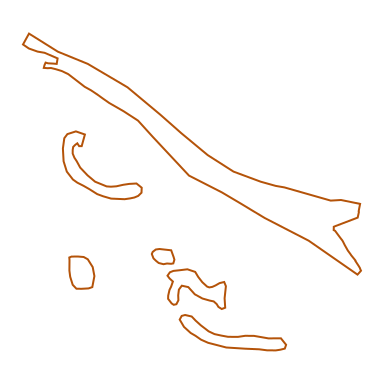 the district of Al-Manasra, Egypt
{"feature_id": "37247803B61040397145628", "entity_name": "Al-Manasra", "entity_type": "district", "adm_level": 2, "iso_a3": "EGY", "parent_name": "Egypt", "parent_adm1": "", "projection": "natural_earth1", "projection_center": [32.161, 31.286], "detail": "fine", "context": "isolated", "style": "outline", "palette": "amber", "viewbox_px": 384, "rotation_deg": 0, "n_neighbors": 0, "source": "geoboundaries", "source_scale": "gbopen_adm2", "svg_char_len": 2637}
<svg xmlns="http://www.w3.org/2000/svg" viewBox="0 0 384 384"><path d="M355.3,260.3L351.3,255.4L350.3,253.9L347.8,250.5L344.7,245.0L343.1,241.8L342.3,240.4L340.8,238.5L337.3,233.8L335.1,230.8L333.7,230.1L333.8,226.7L357.7,217.6L357.8,217.0L358.1,215.7L358.9,212.1L358.9,211.9L358.8,211.6L358.7,211.5L358.7,211.4L358.7,211.2L359.1,208.9L360.1,203.9L341.0,200.0L330.7,200.6L284.4,187.4L275.7,185.9L260.7,181.7L233.5,171.6L207.7,155.1L181.3,133.2L160.1,114.5L127.5,87.3L87.8,63.9L57.9,51.7L29.0,33.6L23.0,44.5L28.9,48.5L37.6,51.6L44.6,52.8L57.6,58.4L56.7,63.9L53.4,63.6L48.0,63.3L45.6,62.6L44.5,65.1L43.8,67.9L47.7,68.2L51.0,68.0L55.8,69.2L61.7,71.0L68.2,74.1L84.7,86.8L91.0,90.3L97.7,94.8L103.1,98.7L109.4,103.1L123.7,111.3L138.0,120.6L152.9,137.0L189.0,175.6L221.9,192.4L241.5,204.0L251.9,210.3L264.9,218.1L308.7,240.7L357.5,274.6L359.7,272.2L361.0,270.7L360.7,270.1L360.1,268.7L359.9,268.0L358.7,266.0L355.3,260.8L355.2,260.5L355.2,260.4L355.3,260.3ZM84.9,134.5L75.9,131.4L67.4,134.1L64.3,138.2L62.9,148.5L63.6,161.3L66.8,171.6L72.9,179.5L77.4,182.7L83.5,185.8L89.1,189.0L97.2,194.1L103.2,196.3L111.1,198.6L124.6,199.2L130.1,198.4L134.4,197.5L138.2,195.9L141.5,192.7L141.7,187.7L136.5,183.5L129.3,183.9L123.2,184.8L116.4,186.3L111.0,186.7L106.6,186.4L95.1,181.7L87.5,175.3L80.2,167.6L76.7,161.2L74.4,157.7L72.7,153.6L72.7,149.9L73.2,146.9L75.2,144.9L77.3,143.3L79.1,146.1L81.7,146.1L84.9,134.5ZM228.0,336.8L221.4,335.6L214.5,334.1L208.6,331.3L200.8,325.3L195.6,320.6L191.7,316.5L185.0,315.0L181.7,315.9L179.7,319.6L184.0,326.9L190.7,333.0L195.5,335.8L201.1,339.7L208.1,342.8L226.3,347.5L245.3,348.7L259.2,349.3L266.9,350.3L275.8,350.4L280.4,349.7L284.8,348.6L286.1,344.8L280.9,338.3L268.5,338.4L261.1,337.1L254.1,335.9L245.2,335.8L237.8,336.9L228.0,336.8ZM202.3,282.2L198.2,276.9L195.2,271.9L187.4,269.3L179.1,270.3L173.4,270.9L169.9,272.3L167.5,275.7L169.6,278.5L172.9,281.5L171.1,286.7L169.5,289.9L168.2,295.6L168.1,298.8L171.6,303.4L173.7,304.8L176.4,304.2L178.4,300.3L178.2,295.3L178.9,289.6L181.8,285.7L188.3,287.1L194.8,294.3L202.4,298.5L209.8,300.6L213.7,301.4L216.7,304.1L218.4,306.9L221.7,309.0L225.2,307.7L224.6,298.3L225.9,286.2L224.2,282.0L219.6,283.1L215.6,285.4L212.3,286.9L209.3,287.4L207.1,286.6L202.3,282.2ZM88.6,288.4L92.3,287.1L94.4,276.1L92.7,267.1L87.8,259.3L83.7,257.0L77.6,256.5L71.5,256.6L69.3,257.5L69.5,260.3L69.4,270.6L70.2,276.8L72.7,284.8L76.4,288.7L81.6,288.8L88.6,288.4ZM173.3,263.4L174.4,259.7L173.6,257.0L171.2,250.3L159.5,249.0L155.8,249.5L152.7,251.9L151.8,254.0L153.5,258.4L156.1,260.9L158.7,263.0L163.5,264.2L167.0,263.5L171.1,263.8L173.3,263.4Z" fill="none" stroke="#b45309" stroke-width="2"/></svg>